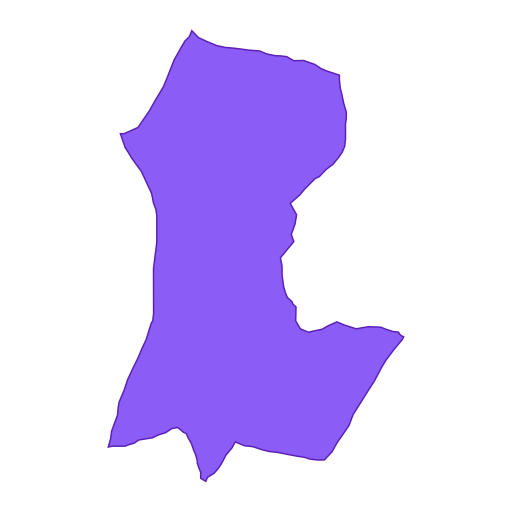 the district of Etsako West, Edo, Nigeria
{"feature_id": "59680162B35912483761792", "entity_name": "Etsako West", "entity_type": "district", "adm_level": 2, "iso_a3": "NGA", "parent_name": "Nigeria", "parent_adm1": "Edo", "projection": "natural_earth1", "projection_center": [6.315, 7.0], "detail": "fine", "context": "isolated", "style": "filled", "palette": "violet", "viewbox_px": 512, "rotation_deg": 0, "n_neighbors": 0, "source": "geoboundaries", "source_scale": "gbopen_adm2", "svg_char_len": 2379}
<svg xmlns="http://www.w3.org/2000/svg" viewBox="0 0 512 512"><path d="M186.2,433.4L187.9,437.4L189.6,440.4L190.0,441.1L191.3,443.4L193.8,450.4L195.5,454.3L197.2,460.3L197.3,463.3L199.0,468.3L200.7,472.3L200.7,478.3L204.2,480.4L205.8,481.3L207.5,477.3L211.1,475.1L214.2,473.2L218.5,468.1L221.8,463.1L226.0,455.0L232.0,447.9L233.6,444.9L235.3,441.9L244.7,445.8L244.8,445.8L253.1,446.7L261.6,449.6L269.3,451.5L277.7,452.4L287.1,454.3L287.5,454.4L297.2,456.2L304.0,457.2L306.4,457.9L310.0,459.1L317.6,460.0L320.1,460.0L324.4,459.9L332.0,451.8L337.0,442.8L341.3,436.7L348.9,425.6L353.1,414.6L360.7,402.5L368.3,390.4L374.2,381.3L377.5,375.2L381.7,367.2L386.0,360.1L393.6,350.0L398.6,344.0L402.0,339.9L403.7,336.9L400.6,335.2L398.3,332.1L393.3,331.6L386.3,329.4L380.8,327.2L368.6,326.7L356.2,328.8L345.1,325.3L336.9,321.9L328.1,325.8L322.2,329.2L308.3,332.2L300.3,328.8L295.7,320.9L296.0,307.0L293.0,304.2L292.0,301.7L287.4,297.5L285.3,292.5L283.6,286.5L282.1,275.6L282.0,265.7L280.4,257.8L293.8,241.6L291.3,234.4L295.0,224.1L296.6,214.8L290.2,203.4L299.9,194.8L305.0,188.7L305.5,188.2L310.0,183.7L315.1,178.6L319.3,176.6L326.1,169.5L329.1,167.2L332.9,164.4L337.9,158.3L342.2,152.3L344.7,146.2L345.5,139.2L345.5,129.3L345.5,124.2L346.3,118.2L346.3,115.5L346.3,113.3L346.3,113.2L346.3,112.2L343.7,103.2L342.0,95.2L340.3,88.2L339.4,80.2L339.4,75.2L333.5,73.2L327.5,71.3L320.7,68.4L314.8,64.4L306.7,61.6L303.8,60.5L293.6,60.7L286.8,56.7L280.0,55.8L275.8,55.8L266.5,53.9L259.7,51.0L248.7,50.1L241.9,49.2L235.1,48.3L224.9,47.4L223.4,47.0L222.3,46.8L220.8,46.5L216.5,45.5L207.1,41.6L198.6,37.7L191.8,30.7L189.3,36.8L185.1,40.8L180.9,47.9L174.1,60.0L166.6,79.1L163.2,87.1L154.8,101.2L152.0,106.1L149.7,110.3L137.9,127.5L124.3,133.6L120.4,133.7L125.2,147.6L127.8,151.6L132.0,158.6L132.6,159.3L136.3,164.5L141.4,171.5L145.6,180.5L151.6,193.4L153.2,201.5L153.3,202.4L155.9,209.4L156.8,215.4L156.8,226.7L156.8,232.4L156.8,242.4L153.5,268.5L153.6,313.6L152.8,320.6L151.1,323.6L148.6,331.7L146.1,339.7L142.0,348.5L141.9,348.8L140.5,351.9L140.4,352.3L137.6,358.8L132.6,368.9L127.5,380.0L124.2,390.0L119.1,402.1L118.3,407.1L117.5,415.1L114.9,422.2L111.6,431.2L110.7,438.3L108.3,447.0L112.5,446.2L120.1,446.2L125.2,446.1L127.7,445.1L134.5,443.0L138.7,440.0L152.3,437.8L159.0,434.7L165.8,432.6L171.7,428.6L177.7,427.5L183.6,432.4L186.2,433.4Z" fill="#8b5cf6" stroke="#5b21b6" stroke-width="1.5"/></svg>